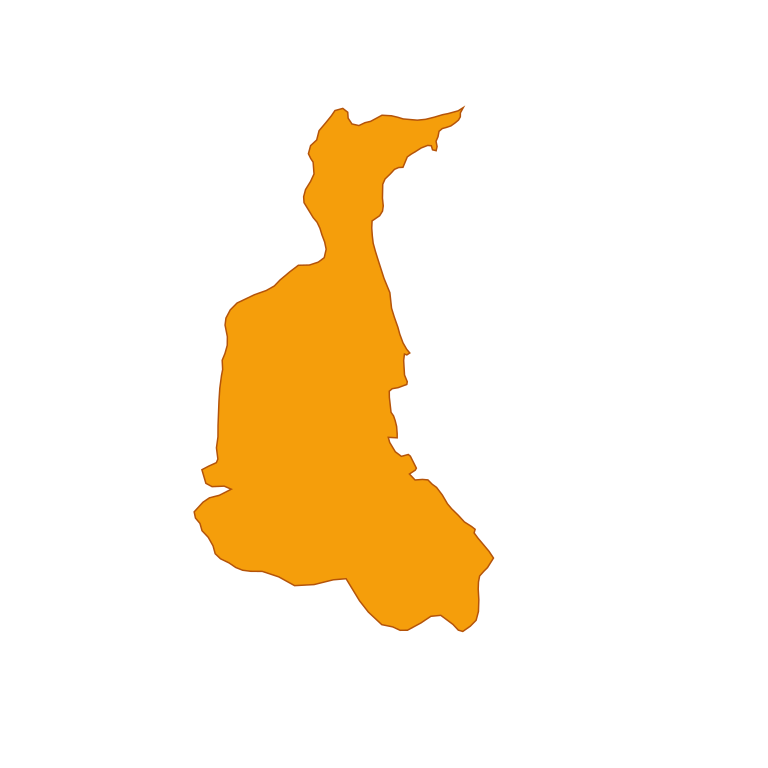 Lundu, Sarawak, Malaysia (orthographic projection), rotated 50°
{"feature_id": "92858781B46549610571988", "entity_name": "Lundu", "entity_type": "district", "adm_level": 2, "iso_a3": "MYS", "parent_name": "Malaysia", "parent_adm1": "Sarawak", "projection": "orthographic", "projection_center": [109.809, 1.733], "detail": "fine", "context": "isolated", "style": "filled", "palette": "amber", "viewbox_px": 768, "rotation_deg": 50, "n_neighbors": 0, "source": "geoboundaries", "source_scale": "gbopen_adm2", "svg_char_len": 2606}
<svg xmlns="http://www.w3.org/2000/svg" viewBox="0 0 768 768"><g transform="rotate(50 384 384)"><path d="M587.7,412.0L579.5,411.1L562.5,411.1L556.0,410.7L553.9,407.6L549.5,408.5L541.3,411.1L532.2,411.5L523.1,412.4L516.6,412.4L506.6,410.7L497.0,410.2L491.8,411.5L485.7,412.0L481.8,415.9L477.5,421.9L469.3,422.4L469.7,418.9L470.1,415.4L469.3,413.3L456.2,410.2L453.6,410.7L450.6,417.2L443.2,418.9L432.4,417.2L427.6,415.0L433.7,408.5L430.6,405.9L424.6,401.6L419.3,399.0L414.6,397.2L410.2,396.8L397.7,388.5L392.9,384.6L392.9,380.7L395.9,375.5L399.0,366.8L397.2,364.7L390.3,362.5L383.8,357.7L378.6,353.8L374.2,349.1L376.4,347.8L376.8,344.3L372.0,344.3L364.7,343.0L356.0,339.9L349.5,336.9L339.1,333.0L330.8,329.5L317.8,320.8L303.1,316.1L284.0,308.3L276.6,305.2L269.2,301.8L263.1,297.8L256.6,293.1L251.4,288.3L252.3,279.2L250.6,274.0L247.1,270.1L240.6,265.7L230.2,256.6L227.6,251.4L227.1,244.0L226.3,238.0L227.6,233.6L230.2,230.2L228.4,226.7L225.0,220.2L225.4,215.4L226.3,209.8L227.1,203.7L229.3,197.2L231.9,194.6L235.8,196.3L238.8,194.1L236.2,190.7L231.5,188.1L229.3,183.7L225.8,179.4L225.8,175.1L227.6,171.2L229.3,166.8L229.7,161.6L229.7,157.3L228.4,153.8L225.4,151.2L223.2,145.6L222.4,151.6L218.0,161.2L215.4,165.9L212.0,173.8L208.0,182.0L203.3,188.9L193.3,198.9L188.5,202.0L183.3,205.9L176.8,212.8L174.2,225.4L171.6,230.6L169.9,237.1L164.2,241.4L157.3,240.6L152.5,237.1L146.4,238.4L143.0,245.8L144.7,251.8L146.4,260.5L148.2,270.9L153.8,278.7L154.2,287.0L159.0,293.9L164.2,295.2L168.5,295.7L178.1,302.6L181.6,310.0L184.6,319.1L188.9,325.2L193.7,328.7L211.1,331.3L217.1,331.3L223.6,333.0L229.7,335.6L237.1,338.2L243.6,341.7L248.8,348.6L248.4,356.0L244.9,364.7L238.0,373.3L237.5,383.8L237.5,396.8L238.4,405.0L236.7,414.1L232.3,425.9L230.1,434.5L227.5,444.5L228.4,454.1L231.9,462.7L236.7,467.9L247.1,473.6L253.6,479.2L258.4,486.2L261.8,492.7L269.2,498.3L273.1,503.1L281.8,512.6L290.9,521.3L309.1,537.8L317.8,545.2L325.2,553.4L334.7,559.5L336.5,563.0L334.3,570.8L332.6,578.6L345.6,584.3L352.1,581.7L359.5,572.1L366.4,568.6L363.4,581.7L359.0,590.8L358.2,598.6L359.9,611.6L365.5,614.6L372.5,614.6L379.4,617.7L388.5,617.2L398.1,619.0L405.5,622.4L412.8,621.6L421.5,617.7L429.3,615.5L435.8,612.0L441.9,606.4L449.3,597.7L464.1,588.6L481.0,582.1L492.7,566.5L501.4,548.7L508.8,538.2L534.4,542.1L548.7,542.6L566.9,540.4L575.6,533.5L583.0,530.0L587.7,524.3L590.8,509.2L591.3,504.3L592.1,497.4L597.7,489.2L612.5,485.7L620.3,485.3L624.2,482.7L625.0,473.6L624.2,465.3L619.0,457.9L610.3,450.1L601.6,443.6L596.4,438.9L592.5,434.1L591.6,427.6L591.2,422.8L587.7,412.0Z" fill="#f59e0b" stroke="#b45309" stroke-width="1.5"/></g></svg>